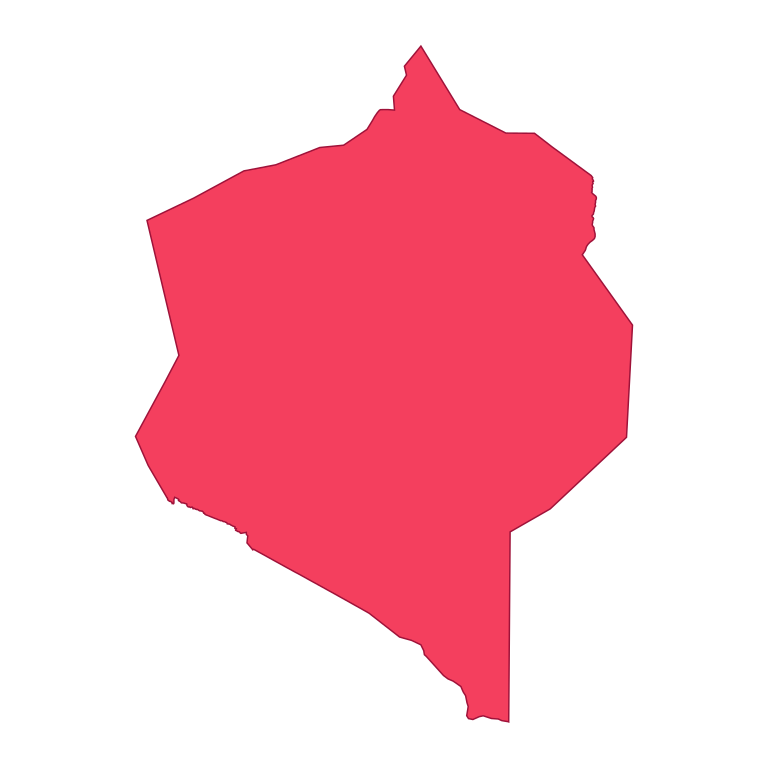 outline of Bugat, Govi-Altay, Mongolia
{"feature_id": "93677404B31159803957076", "entity_name": "Bugat", "entity_type": "district", "adm_level": 2, "iso_a3": "MNG", "parent_name": "Mongolia", "parent_adm1": "Govi-Altay", "projection": "mercator", "projection_center": [93.829, 45.194], "detail": "fine", "context": "isolated", "style": "filled", "palette": "rose", "viewbox_px": 768, "rotation_deg": 0, "n_neighbors": 0, "source": "geoboundaries", "source_scale": "gbopen_adm2", "svg_char_len": 4820}
<svg xmlns="http://www.w3.org/2000/svg" viewBox="0 0 768 768"><path d="M632.5,325.1L582.3,254.8L584.3,251.8L585.2,250.5L585.8,248.9L586.1,247.6L586.7,246.2L588.0,244.3L590.0,242.2L592.5,240.4L594.4,238.6L595.1,236.6L595.1,233.9L594.0,229.5L594.0,227.8L593.6,227.1L592.8,226.1L592.2,224.8L592.4,223.6L592.7,222.1L592.6,221.1L593.1,220.1L593.6,218.7L593.1,217.6L592.1,216.8L592.0,215.6L593.4,214.1L593.7,212.2L594.2,211.1L594.4,209.6L594.7,207.5L595.6,206.1L595.1,204.5L595.6,202.3L595.5,200.7L596.3,199.0L596.4,197.8L595.9,196.4L595.0,195.6L592.6,193.6L591.6,192.3L592.1,191.4L592.0,190.6L592.2,189.8L591.9,188.8L592.5,187.5L592.4,186.8L592.1,185.5L592.3,184.7L593.1,183.5L592.8,182.7L592.7,181.7L593.5,181.3L593.4,180.5L592.3,178.9L592.7,177.6L591.2,175.6L552.2,147.0L534.5,133.3L505.9,133.1L459.7,109.6L420.9,46.1L404.4,66.2L406.5,75.2L393.4,96.2L394.5,110.1L388.2,109.6L383.0,109.6L380.4,109.7L379.4,110.3L377.4,112.6L374.6,116.7L372.3,120.8L367.0,129.4L343.6,145.2L319.8,147.5L275.8,164.8L243.9,170.9L193.7,198.1L147.0,220.4L178.9,355.4L164.9,382.1L135.5,436.4L148.2,465.5L167.1,497.9L167.3,497.9L167.4,498.2L167.6,498.7L167.6,498.8L167.7,499.1L167.7,499.5L167.8,499.8L168.0,500.1L168.2,500.3L168.6,500.6L168.8,500.7L169.2,501.0L169.4,501.2L169.7,501.3L169.9,501.4L170.2,501.4L170.5,501.4L170.7,501.5L170.8,501.6L171.2,501.9L171.4,502.1L171.6,502.3L171.9,502.3L172.1,502.4L172.1,502.5L172.1,502.9L172.1,503.0L172.1,503.3L172.1,503.5L172.3,503.5L172.5,503.5L172.8,503.6L173.2,503.8L173.4,503.8L173.6,503.7L173.8,503.3L173.9,503.0L173.9,502.8L173.9,502.1L173.9,499.5L174.7,497.3L175.1,497.5L175.5,497.7L175.9,497.8L176.2,497.9L176.5,498.1L177.0,498.3L177.6,498.7L178.2,499.0L178.5,499.2L178.6,499.4L178.8,499.6L178.7,499.9L178.7,500.1L178.5,500.5L179.0,500.9L179.4,501.2L179.9,501.4L180.2,501.6L180.5,501.8L180.7,502.0L180.9,502.3L181.1,502.6L181.4,502.8L181.7,502.9L181.8,502.9L182.1,502.9L182.5,502.9L183.3,503.0L184.2,503.2L184.6,503.3L184.8,503.3L185.0,503.5L185.6,503.7L186.3,503.8L186.6,503.9L186.8,504.0L186.9,504.3L186.9,504.5L186.8,504.9L186.8,505.0L187.0,505.5L187.3,506.0L187.5,506.3L187.7,506.5L187.8,506.6L188.0,506.7L188.3,506.9L188.5,506.9L188.8,506.9L189.1,506.8L189.6,506.9L189.9,507.2L190.1,507.4L190.4,507.5L190.5,507.5L190.7,507.4L191.1,507.3L191.5,507.2L191.9,507.1L192.1,507.1L192.3,507.2L192.5,507.3L192.6,507.5L192.8,507.7L192.9,507.8L192.9,508.3L192.9,508.5L193.0,508.7L193.3,508.7L193.5,508.7L194.1,508.4L194.4,508.4L194.7,508.6L195.1,508.9L195.3,509.1L195.6,509.0L195.8,509.1L196.3,509.4L196.5,509.5L196.7,509.4L197.2,509.4L197.5,509.4L197.9,509.6L198.0,509.7L198.1,509.9L198.2,510.0L198.4,510.0L198.7,510.2L198.9,510.4L199.4,510.7L199.5,510.8L199.9,510.8L200.2,510.8L200.4,510.9L200.8,510.9L201.0,511.0L201.3,511.1L201.8,511.1L202.1,511.1L202.3,511.2L202.4,511.3L202.6,511.4L202.8,511.5L203.0,511.8L203.2,512.1L203.4,512.5L203.6,512.9L203.7,513.2L203.8,513.2L204.1,513.2L204.4,513.2L204.5,513.2L204.6,513.3L204.6,513.5L204.7,513.8L204.8,514.0L205.0,514.3L205.5,514.6L206.1,514.9L206.6,515.1L206.9,515.2L215.7,518.7L215.9,518.7L220.2,520.5L220.5,520.6L220.8,520.7L221.4,520.7L221.8,520.7L222.1,520.8L222.5,521.0L223.1,521.5L223.3,521.6L223.9,521.6L224.2,521.6L224.4,521.6L224.7,521.7L225.1,521.9L225.4,522.2L225.7,522.3L226.1,522.4L226.5,522.5L226.8,522.8L227.0,523.0L227.1,523.5L227.2,523.8L227.3,523.8L227.5,523.9L227.9,523.9L228.1,523.9L228.4,524.0L229.3,524.1L229.6,524.2L229.8,524.2L230.0,524.3L230.6,524.9L230.8,525.0L231.1,525.1L231.3,525.2L231.5,525.3L232.0,525.5L232.4,525.9L233.0,526.1L233.7,526.3L234.3,526.6L234.7,526.7L235.0,526.8L235.0,527.0L235.1,527.4L235.1,527.5L234.9,527.8L234.9,528.0L234.9,528.4L235.1,528.6L235.3,528.7L235.4,528.8L235.7,528.9L235.8,528.9L236.0,528.8L236.2,528.7L236.3,528.7L236.1,529.3L235.7,530.3L235.9,530.4L236.0,530.5L236.3,530.6L236.7,530.8L237.1,531.0L237.3,531.2L237.5,531.3L237.8,531.5L238.0,531.5L238.3,531.6L238.8,531.7L239.0,531.8L239.4,531.9L239.5,531.9L239.7,532.1L239.9,532.4L240.1,532.7L240.3,533.0L240.6,533.1L240.8,533.3L241.1,533.3L246.3,532.4L246.3,532.5L246.4,534.4L247.8,535.9L247.4,538.9L247.0,542.9L252.8,549.8L253.0,549.5L253.2,549.4L253.4,549.4L253.7,549.3L257.5,551.4L275.6,561.4L286.3,567.3L295.6,572.4L296.4,572.8L297.4,573.3L312.4,581.6L328.7,590.6L341.3,597.6L355.4,605.5L368.9,613.1L383.0,624.1L398.0,635.8L399.5,637.0L404.4,638.4L411.3,640.3L420.9,644.8L423.8,650.8L423.9,651.7L424.4,654.7L426.1,656.2L432.1,662.8L434.5,665.5L443.5,675.5L448.0,678.9L450.8,680.1L453.1,681.1L460.9,686.5L462.5,690.3L463.1,691.6L463.6,692.6L465.6,695.7L467.0,702.7L468.2,706.5L467.8,709.1L466.7,715.7L468.5,718.6L472.9,719.5L477.4,717.5L479.1,716.7L483.2,715.8L491.5,718.5L498.3,719.0L501.7,720.6L508.2,721.7L508.7,721.9L510.1,531.9L550.2,508.9L626.5,437.3L632.5,325.1L632.5,325.1Z" fill="#f43f5e" stroke="#9f1239" stroke-width="1.5"/></svg>